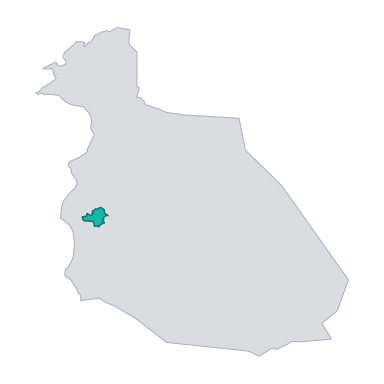 Damagaram Takaya, Zinder, Niger (highlighted), rotated 93°
{"feature_id": "23599985B91194911882215", "entity_name": "Damagaram Takaya", "entity_type": "district", "adm_level": 2, "iso_a3": "NER", "parent_name": "Niger", "parent_adm1": "Zinder", "projection": "equal_earth", "projection_center": [9.461, 14.063], "detail": "fine", "context": "in_parent", "style": "filled", "palette": "teal", "viewbox_px": 384, "rotation_deg": 93, "n_neighbors": 0, "source": "geoboundaries", "source_scale": "gbopen_adm2", "svg_char_len": 4065}
<svg xmlns="http://www.w3.org/2000/svg" viewBox="0 0 384 384"><g transform="rotate(93 192 192)"><path d="M306.3,297.4L302.6,297.5L300.5,298.4L297.9,301.0L294.9,302.1L291.3,304.5L289.0,306.4L286.9,307.8L283.9,311.5L283.0,314.2L280.0,314.8L275.9,314.3L273.3,311.5L267.2,308.6L263.3,307.4L261.4,307.1L252.2,306.6L242.3,307.7L237.2,309.1L236.3,309.4L233.5,311.1L231.1,313.1L224.7,322.0L216.2,321.7L211.2,320.8L207.0,319.4L200.9,315.2L193.6,308.8L190.7,307.9L188.2,307.4L187.3,307.5L178.5,313.9L176.8,313.7L174.7,314.4L173.3,316.0L172.3,316.8L171.2,316.9L169.8,316.6L168.5,315.6L167.1,313.9L163.5,306.8L162.8,305.6L161.2,303.5L158.6,300.2L156.9,298.7L155.8,298.3L154.5,298.6L147.5,295.8L140.4,292.8L138.8,293.2L137.7,293.8L135.3,296.0L132.4,296.4L128.7,296.2L126.7,295.9L123.5,296.6L121.3,297.5L118.5,299.0L114.8,303.0L113.7,303.6L112.8,304.2L111.5,315.3L110.5,318.6L108.6,323.0L104.9,327.2L102.4,329.8L102.3,333.2L102.0,338.8L102.0,342.7L102.1,345.2L101.7,346.4L101.5,347.5L101.6,349.2L102.2,349.9L102.6,351.0L102.3,351.8L101.1,352.8L99.8,350.3L98.2,348.5L96.3,347.7L95.1,346.4L94.5,344.6L92.1,341.1L86.6,334.3L86.0,334.1L85.1,333.8L83.5,334.6L82.5,335.8L81.8,336.2L80.8,336.3L78.2,337.2L76.0,338.3L76.0,339.2L76.9,344.4L76.4,347.2L75.5,345.9L72.5,340.6L70.4,336.7L70.1,335.9L69.8,334.5L70.0,333.9L70.8,333.5L72.8,333.0L73.1,332.6L73.2,331.5L73.0,329.5L71.9,326.8L70.8,325.1L70.2,324.7L69.0,324.6L67.8,324.9L65.4,327.1L64.3,327.5L61.9,327.3L59.7,326.9L58.4,325.7L54.5,321.4L50.3,316.8L48.4,316.1L48.0,315.7L47.8,312.1L47.9,307.9L48.2,306.8L50.0,307.4L51.9,307.8L52.5,307.0L51.0,305.5L48.8,303.9L48.0,301.6L47.4,300.8L46.4,300.0L45.3,299.6L44.1,298.9L43.3,298.3L42.1,298.0L40.7,297.5L38.8,293.7L36.9,290.1L35.9,287.2L35.5,285.5L36.1,282.6L35.5,281.4L33.5,278.4L31.7,275.6L32.2,271.4L32.6,267.8L32.7,265.6L33.0,264.3L33.2,262.8L34.4,262.4L37.4,262.4L43.2,263.1L47.9,262.3L48.2,262.2L51.5,258.4L55.2,254.4L60.7,254.0L66.6,253.6L71.3,253.4L78.1,253.1L83.5,252.8L89.9,252.5L90.1,250.7L90.5,250.2L91.1,250.1L95.8,251.1L100.1,252.1L100.5,248.6L104.4,244.3L106.6,243.4L107.1,242.6L107.8,241.2L108.3,238.9L108.5,237.3L109.3,235.9L109.9,233.5L110.8,229.2L113.0,224.7L114.3,218.6L114.5,212.7L114.8,208.2L115.4,207.2L115.5,199.3L115.6,191.3L115.6,184.5L115.7,176.1L115.7,168.7L115.8,160.8L115.9,153.6L115.9,148.9L120.3,147.7L124.9,146.6L131.6,144.9L138.8,143.0L146.7,141.0L148.4,139.8L154.4,132.9L157.1,129.8L162.5,123.7L166.6,119.0L171.8,113.0L177.4,106.9L181.8,102.1L188.7,96.7L199.1,88.4L209.5,80.2L219.9,72.0L230.2,63.9L240.6,55.7L250.9,47.5L261.1,39.4L271.4,31.2L281.8,34.3L291.7,37.3L301.6,40.2L304.0,41.8L309.3,47.7L316.1,55.1L316.4,55.2L316.7,55.2L323.2,50.9L331.5,45.1L333.9,60.6L335.8,73.9L336.0,82.4L336.1,84.6L336.8,86.1L338.4,87.6L344.9,99.9L343.6,102.1L344.6,105.9L346.2,107.5L351.6,114.9L352.3,116.3L352.0,117.5L348.4,126.1L347.9,128.3L347.3,139.3L346.9,147.1L346.3,157.9L345.6,170.7L345.0,181.6L344.3,196.0L343.6,209.6L338.3,217.1L329.0,230.5L321.4,241.3L317.6,248.6L310.1,262.8L306.9,272.0L304.3,276.8L302.9,278.8L304.1,285.6L306.3,297.4Z" fill="#d9dde1" stroke="#a8b0b8" stroke-width="1"/><path d="M216.2,290.5L217.6,290.4L218.2,289.4L218.8,290.3L219.0,290.8L220.1,290.8L220.5,291.4L220.5,292.6L219.9,293.7L219.5,294.8L219.0,295.3L219.5,296.0L221.4,296.0L221.7,296.5L221.9,296.9L221.9,297.9L222.4,298.6L222.5,300.1L223.1,300.1L223.5,299.8L224.8,299.8L226.3,298.4L226.5,297.7L226.4,293.8L226.6,293.2L226.6,291.7L226.4,291.2L226.4,290.5L227.0,289.1L227.2,288.8L227.9,288.5L229.3,288.1L231.3,287.6L231.3,287.2L230.7,285.9L231.1,285.0L231.5,283.6L231.5,283.1L230.6,283.1L229.1,280.8L228.8,280.8L228.1,279.7L227.6,278.0L226.5,278.3L224.9,279.7L224.7,279.9L223.7,278.7L222.4,279.1L222.0,279.1L221.0,277.6L220.4,277.2L220.0,276.3L219.9,275.0L219.2,275.8L218.7,276.8L217.9,277.9L217.0,278.2L215.3,278.7L214.3,278.8L213.4,280.1L212.8,281.5L212.3,282.2L212.4,283.3L213.5,284.9L213.8,285.0L214.0,285.3L214.0,286.7L213.9,287.1L213.9,287.3L214.4,287.7L214.7,288.4L215.6,288.8L215.8,289.0L215.8,290.1L216.2,290.5Z" fill="#14b8a6" stroke="#0f766e" stroke-width="1.5"/></g></svg>